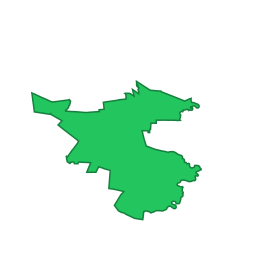 the district of Dumbrava, Prahova, Romania, rotated 227°
{"feature_id": "2599482B20295036954451", "entity_name": "Dumbrava", "entity_type": "district", "adm_level": 2, "iso_a3": "ROU", "parent_name": "Romania", "parent_adm1": "Prahova", "projection": "mercator", "projection_center": [26.217, 44.861], "detail": "fine", "context": "isolated", "style": "filled", "palette": "green", "viewbox_px": 256, "rotation_deg": 227, "n_neighbors": 0, "source": "geoboundaries", "source_scale": "gbopen_adm2", "svg_char_len": 5703}
<svg xmlns="http://www.w3.org/2000/svg" viewBox="0 0 256 256"><g transform="rotate(227 128 128)"><path d="M106.6,194.4L107.6,192.3L108.2,190.2L109.1,187.7L110.0,187.4L117.9,183.7L131.7,177.1L132.4,177.3L140.5,170.0L156.4,166.0L156.1,165.7L155.4,165.4L154.9,164.8L154.1,164.7L154.0,164.4L154.0,164.0L153.9,163.8L153.4,163.8L153.3,163.6L153.2,163.6L153.1,163.8L153.0,164.3L152.9,164.4L152.7,164.4L152.7,164.0L152.7,163.9L152.4,164.1L152.2,164.0L152.1,163.4L151.9,163.2L152.0,163.0L151.9,163.0L151.6,163.2L151.4,163.2L151.3,163.3L151.1,163.1L150.6,163.1L149.9,163.4L149.5,162.6L149.5,162.0L149.3,161.7L148.7,161.2L148.4,161.1L148.0,160.9L147.5,160.8L146.7,160.3L146.5,160.1L146.3,159.5L145.9,159.2L153.1,157.6L147.1,154.1L147.4,154.0L148.2,153.9L152.2,152.9L155.2,149.7L155.4,149.3L154.3,149.4L152.5,148.2L151.7,147.3L150.5,146.3L154.2,141.5L156.4,137.9L161.8,130.2L163.6,127.5L158.0,123.4L158.8,122.2L161.1,119.3L159.6,118.2L165.6,110.8L167.7,108.1L168.6,107.2L176.1,100.4L179.8,96.7L180.7,96.0L182.8,93.9L183.2,94.0L183.4,94.3L183.3,94.9L183.5,95.2L183.3,95.8L183.5,96.4L183.4,97.4L183.5,98.4L184.6,100.0L184.6,101.1L184.7,101.3L185.2,101.5L185.3,101.7L185.4,102.0L185.7,102.7L186.3,103.5L186.7,104.2L186.9,104.4L187.1,104.4L187.3,104.3L187.7,104.4L187.9,104.2L188.3,104.2L188.8,104.4L188.9,103.9L198.3,90.8L199.0,90.2L199.8,89.9L200.0,89.6L200.8,89.3L203.3,88.3L210.4,85.2L216.0,83.0L219.2,81.6L203.6,70.5L194.1,78.0L191.7,79.9L191.0,80.4L190.8,80.7L190.8,80.9L190.8,81.1L190.9,81.3L190.2,81.1L189.8,81.1L178.3,84.7L177.9,78.9L172.3,79.7L152.2,83.0L151.3,80.8L149.9,72.9L149.9,72.6L149.6,70.4L149.4,70.1L148.2,63.9L149.3,63.8L149.3,63.5L149.2,63.4L149.0,63.2L148.3,63.0L148.1,62.7L147.0,61.8L146.3,61.5L145.9,61.5L145.8,61.2L145.4,60.9L145.0,60.7L144.7,60.6L143.5,60.8L142.9,61.2L142.2,61.1L141.7,61.3L141.6,61.5L141.7,61.9L142.1,62.1L142.1,62.5L141.8,62.9L141.5,63.3L140.9,64.4L140.5,64.8L139.9,65.0L139.4,65.0L138.6,64.8L138.4,64.5L136.0,67.0L136.8,68.6L134.3,71.0L128.1,77.1L123.7,67.6L117.5,74.4L119.2,79.0L119.7,80.1L115.5,82.4L114.3,82.9L109.1,86.1L96.8,72.7L93.0,75.8L84.5,81.6L84.2,80.3L84.2,78.8L84.1,78.3L84.1,77.5L80.7,65.3L74.7,64.6L73.6,64.6L70.4,65.8L68.7,67.1L67.7,67.4L66.7,67.5L57.4,71.2L50.9,76.3L52.0,77.7L56.0,82.3L55.7,82.5L55.8,83.1L55.6,83.5L55.1,84.5L53.8,85.7L53.6,85.7L53.4,85.7L53.4,85.8L52.1,86.5L50.3,86.8L49.7,88.3L48.9,90.0L48.8,90.5L48.7,91.2L48.6,91.6L48.3,92.1L47.6,93.1L46.4,94.2L45.9,94.9L44.3,96.1L43.7,96.8L43.4,97.4L42.8,99.0L42.5,100.2L42.4,100.8L43.1,103.0L43.0,103.9L42.5,105.1L42.1,105.5L41.5,105.8L38.9,106.2L38.0,106.5L37.6,106.7L37.1,107.2L36.9,107.6L36.8,108.2L36.9,108.6L37.3,109.3L37.8,109.7L38.6,110.0L39.2,110.0L39.7,109.9L41.0,109.1L42.1,108.6L42.4,108.5L43.0,108.6L43.3,108.8L43.8,109.3L43.9,109.6L44.0,109.9L43.8,110.6L43.3,111.4L42.7,111.9L42.3,112.2L41.9,112.3L41.6,112.3L41.0,112.2L40.0,111.7L39.5,111.8L38.2,113.3L37.9,113.9L37.8,114.3L37.9,114.5L38.0,114.9L38.9,116.2L39.4,117.2L40.3,118.4L41.1,119.2L41.1,119.9L41.0,120.5L40.9,120.8L40.6,121.0L40.9,121.7L41.7,122.8L41.9,122.9L42.7,122.9L42.9,123.0L42.9,123.3L42.8,123.9L42.8,124.1L43.5,124.5L44.6,124.6L45.6,125.2L46.3,126.1L47.1,127.6L47.2,127.8L47.5,127.9L48.0,127.8L48.4,127.5L48.5,126.8L48.8,126.4L49.6,126.1L51.3,125.5L52.0,125.0L52.5,125.0L53.0,125.3L53.3,125.5L53.4,125.9L53.6,126.6L53.6,127.1L53.0,128.2L52.8,129.1L52.8,129.4L53.0,130.1L53.3,130.4L53.5,130.9L53.5,131.2L53.3,131.6L52.7,132.4L52.1,132.9L51.6,133.4L51.1,133.8L49.3,135.0L47.5,135.8L46.8,136.4L46.4,137.0L45.8,137.8L45.5,138.7L45.0,140.1L44.7,140.3L44.4,140.4L44.1,140.7L43.9,141.2L43.9,141.6L43.9,141.8L44.4,142.6L44.6,142.8L46.8,144.0L47.0,144.2L47.0,144.4L47.0,144.7L46.7,145.2L45.6,145.8L45.2,146.4L45.2,146.7L45.5,147.2L46.0,147.4L46.3,147.4L47.2,147.4L48.2,147.1L48.7,147.2L49.0,147.3L49.3,147.6L49.2,148.4L48.7,149.6L47.6,153.1L47.9,153.4L48.4,153.5L49.9,153.5L50.3,153.7L50.8,154.0L51.3,154.1L52.3,153.8L53.2,153.3L54.7,151.8L55.0,151.5L55.1,151.2L54.9,150.8L54.1,149.7L54.0,149.4L54.6,148.7L54.8,148.1L55.2,147.5L55.9,147.0L56.5,146.8L57.2,146.8L57.7,146.9L58.5,147.3L59.7,148.4L60.0,148.5L60.7,148.2L61.1,147.8L61.4,146.7L61.8,146.7L62.8,146.9L63.3,146.9L63.8,146.7L64.3,146.0L64.6,146.0L65.0,146.2L65.4,146.5L65.8,147.1L65.9,147.4L66.6,147.6L67.5,147.6L68.1,147.1L68.5,147.0L69.6,148.1L70.0,148.3L70.4,148.4L71.6,148.2L74.4,146.7L75.5,146.5L76.0,146.2L77.3,146.1L78.0,145.7L78.5,145.7L79.5,145.1L79.8,144.8L80.2,144.7L80.3,144.6L81.3,143.3L82.3,142.3L82.5,141.7L82.6,141.1L82.7,140.9L86.1,138.7L88.0,137.2L92.6,134.2L93.4,133.6L95.2,132.6L101.0,129.8L102.2,129.0L108.9,132.2L111.6,133.7L116.4,136.5L112.2,140.8L111.0,139.6L109.9,140.7L112.2,143.0L111.7,143.6L115.9,148.1L112.2,151.9L114.5,153.9L109.4,159.5L105.9,163.1L103.6,165.6L102.9,166.3L102.5,166.5L102.4,166.7L101.9,167.4L100.1,169.0L98.9,170.2L98.0,171.5L98.7,171.5L99.2,171.8L99.6,172.3L99.8,173.2L100.0,173.5L100.5,173.9L101.2,175.1L101.3,175.2L101.9,175.5L103.0,175.6L103.5,175.8L103.9,176.3L104.0,177.0L103.7,177.8L103.5,178.6L103.3,178.8L102.6,179.1L102.6,179.3L103.1,180.4L103.2,180.6L103.4,180.7L103.1,180.9L102.8,181.6L102.3,181.8L102.2,182.1L101.8,183.0L101.8,183.8L101.5,184.0L100.8,184.2L99.3,184.3L99.1,185.7L98.0,186.2L97.6,186.5L97.4,186.9L97.3,187.4L97.5,188.0L98.7,189.0L99.0,189.0L99.1,188.9L99.6,187.9L99.6,187.6L99.8,187.5L100.2,187.4L100.5,187.7L100.6,187.9L100.7,188.2L100.6,188.5L99.5,191.0L99.0,191.5L98.6,191.7L97.7,192.0L96.3,191.8L95.6,192.1L95.2,192.5L94.9,193.0L94.8,193.4L94.8,193.9L95.1,194.5L95.6,195.0L96.4,195.4L97.1,195.3L98.7,194.9L100.0,194.0L101.0,193.8L101.4,193.5L102.3,193.0L102.9,192.1L103.2,192.0L104.5,192.5L105.3,193.1L106.1,193.7L106.6,194.4Z" fill="#22c55e" stroke="#15803d" stroke-width="1.5"/></g></svg>